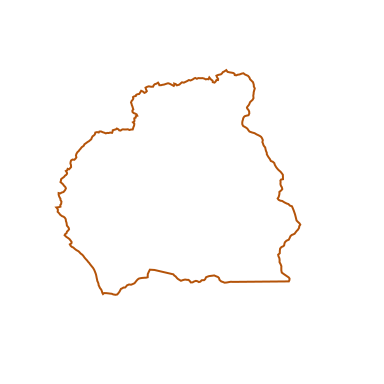 Itaberaba, Bahia, Brazil, rotated 294°
{"feature_id": "56859067B40905854512446", "entity_name": "Itaberaba", "entity_type": "district", "adm_level": 2, "iso_a3": "BRA", "parent_name": "Brazil", "parent_adm1": "Bahia", "projection": "natural_earth1", "projection_center": [-40.241, -12.524], "detail": "fine", "context": "isolated", "style": "outline", "palette": "amber", "viewbox_px": 384, "rotation_deg": 294, "n_neighbors": 0, "source": "geoboundaries", "source_scale": "gbopen_adm2", "svg_char_len": 5663}
<svg xmlns="http://www.w3.org/2000/svg" viewBox="0 0 384 384"><g transform="rotate(294 192 192)"><path d="M149.7,316.8L151.2,316.8L152.6,316.3L153.3,315.1L153.9,311.8L154.4,309.1L154.9,306.8L156.7,305.5L158.9,304.5L160.6,303.8L162.0,302.4L163.5,300.5L165.5,299.7L167.1,298.7L168.5,297.1L169.8,296.2L171.7,297.1L174.1,296.1L176.2,295.5L178.1,296.1L179.4,297.3L180.6,297.9L182.2,297.5L183.8,297.3L185.9,298.1L187.8,299.8L189.7,299.9L191.7,299.9L193.3,300.6L194.3,301.6L195.6,302.7L197.5,303.1L199.4,303.6L200.5,304.1L202.8,304.4L204.3,303.9L206.2,304.2L207.1,302.9L207.8,300.8L208.5,299.1L209.8,298.1L211.6,296.7L213.5,295.2L214.9,293.9L216.5,292.4L218.7,290.1L219.6,289.1L219.4,286.9L220.2,285.0L220.0,283.3L220.1,280.6L220.5,278.1L220.0,276.2L220.1,274.3L220.9,272.9L222.7,273.2L224.7,272.9L225.9,272.6L227.6,271.8L229.9,272.9L231.4,273.3L232.9,272.1L233.7,270.9L234.6,270.0L235.6,269.4L237.1,268.9L238.4,268.1L239.6,268.3L240.7,269.9L242.4,269.1L244.7,268.0L245.4,266.8L246.5,264.7L247.3,262.1L247.9,260.7L248.9,258.8L250.5,256.6L251.9,255.4L252.5,253.5L252.4,251.4L253.8,249.7L255.0,247.6L256.0,246.2L256.9,245.0L258.2,244.4L259.7,242.8L261.1,241.7L262.5,240.7L263.2,239.2L264.1,238.0L265.2,237.1L266.2,236.0L268.2,235.6L269.6,234.1L270.5,232.7L270.8,231.0L270.9,228.9L270.9,227.5L271.2,225.2L270.8,222.7L270.6,219.9L271.5,218.2L272.4,216.8L272.8,215.0L273.1,211.9L274.2,210.5L275.5,209.8L277.1,209.3L278.8,209.1L280.2,208.8L281.5,208.9L282.6,209.3L283.8,210.6L285.1,212.4L287.1,212.4L288.9,211.4L290.1,209.9L290.7,208.5L291.6,207.8L293.2,208.1L294.4,208.5L295.8,208.6L297.6,208.5L299.1,209.1L301.0,209.9L302.8,210.0L304.0,209.3L305.2,208.7L306.6,208.4L308.2,207.8L310.0,207.5L312.2,207.2L313.5,205.6L315.1,204.8L317.1,203.1L318.1,200.5L318.6,199.2L320.0,197.8L320.9,195.9L320.9,192.5L321.4,190.7L320.4,189.3L318.7,187.6L317.6,185.9L316.6,185.0L316.2,183.5L317.3,182.7L317.5,181.3L317.1,179.5L316.6,177.7L316.2,175.6L317.3,173.7L315.3,172.5L314.0,171.4L312.6,171.2L311.2,170.5L309.7,168.4L308.2,167.0L306.9,168.3L305.9,169.9L304.8,170.2L304.2,168.8L302.7,168.7L301.1,168.1L300.8,166.3L302.1,165.5L302.5,163.6L303.7,161.2L301.7,161.2L301.3,159.8L300.5,158.8L300.6,157.1L300.3,155.3L299.4,153.5L298.6,151.4L297.4,150.4L297.5,148.6L296.5,147.7L295.0,146.8L293.3,145.3L293.0,143.6L291.3,142.4L289.9,141.2L288.6,140.1L288.1,138.2L286.7,137.5L285.0,136.8L283.3,134.8L284.0,133.2L283.8,131.7L282.7,132.4L281.5,132.2L281.7,129.6L281.8,127.4L281.6,125.9L280.4,124.5L278.8,122.8L277.9,121.4L277.0,120.3L276.3,118.7L277.3,117.8L278.1,116.5L276.6,115.6L275.3,114.1L273.9,113.6L272.4,113.6L271.5,111.8L271.0,109.6L269.9,108.3L268.4,107.1L266.9,108.4L265.8,109.7L264.3,109.2L263.2,108.2L263.8,106.3L263.8,104.4L261.9,104.2L260.1,103.9L259.1,102.4L258.1,101.5L256.8,101.6L255.9,100.3L254.7,99.5L253.4,100.4L252.1,100.3L250.4,99.8L248.9,99.9L248.0,100.9L246.9,101.7L245.9,102.8L244.9,103.6L243.6,104.8L242.3,104.4L241.0,105.0L240.4,106.5L240.5,108.0L240.4,109.8L239.4,111.0L238.4,109.8L237.1,110.3L235.8,109.3L234.0,110.3L232.8,110.6L231.7,109.7L230.8,111.6L229.0,112.1L227.4,112.1L226.2,112.3L225.0,112.4L224.2,110.8L223.2,109.6L223.2,107.9L222.3,106.3L221.7,105.0L221.1,103.3L220.2,102.4L219.1,101.8L218.7,100.5L219.3,99.3L219.4,97.5L218.3,97.0L217.3,95.8L216.2,94.5L214.7,94.9L213.5,94.9L213.0,93.0L212.0,91.9L211.5,90.5L210.5,89.4L210.5,87.8L210.3,86.2L210.3,84.3L209.6,82.8L208.4,82.6L208.1,80.9L207.0,79.5L205.0,79.8L203.7,79.3L202.4,78.5L200.7,78.4L199.2,78.5L197.6,77.7L196.3,77.1L195.3,76.3L194.0,75.6L191.8,74.3L190.2,74.3L188.0,73.0L186.2,72.6L184.7,72.1L183.2,71.8L182.0,71.2L180.1,70.9L178.2,71.1L176.6,72.3L175.1,72.0L173.6,71.4L173.0,69.6L171.6,68.7L169.9,68.9L168.5,69.4L167.5,70.4L165.6,71.4L164.0,70.9L162.7,70.4L162.6,69.0L161.1,69.1L159.9,68.2L158.9,69.8L157.9,70.4L156.4,70.1L155.3,69.3L154.1,69.1L152.9,68.5L151.9,67.9L150.4,67.2L148.9,67.7L147.6,67.8L147.2,69.1L146.6,71.0L145.7,72.5L145.1,74.1L144.1,75.3L142.1,75.3L139.7,74.6L138.4,73.1L137.1,72.2L136.8,70.6L135.4,71.2L134.1,72.3L133.2,73.3L132.4,74.5L131.2,75.1L130.2,76.6L127.9,77.3L126.5,77.0L125.1,77.8L123.9,76.4L122.7,74.4L122.1,75.7L121.1,76.8L119.3,77.3L118.6,79.1L117.6,80.9L117.1,83.1L117.2,84.7L116.8,86.2L115.8,87.7L114.1,88.7L113.1,89.7L111.9,90.5L110.4,91.4L109.8,92.7L109.0,94.0L108.0,94.8L106.6,94.6L105.0,93.9L103.3,94.1L102.0,93.3L100.7,93.2L99.9,95.4L99.6,97.3L99.2,99.1L98.2,101.0L97.3,102.4L96.0,102.7L94.5,101.7L93.5,103.0L93.0,104.5L93.0,106.2L92.4,107.9L91.9,110.0L91.7,112.4L91.1,114.0L90.5,115.3L90.1,117.2L89.5,118.6L88.4,120.4L87.5,122.3L86.8,124.0L85.9,125.6L85.4,126.9L84.7,128.0L83.5,130.3L82.4,132.5L81.2,134.2L79.9,135.6L78.5,137.0L77.4,138.0L76.0,139.0L74.7,139.9L73.4,140.9L72.2,141.7L71.2,142.9L70.1,143.9L68.9,144.6L68.0,145.7L66.9,146.9L65.9,148.8L64.6,150.1L63.4,151.1L62.6,152.2L63.9,152.8L64.8,155.0L65.5,157.2L65.9,158.6L66.4,160.1L66.4,161.7L67.0,164.0L68.0,165.4L69.3,165.8L71.4,166.3L74.6,166.5L75.8,167.6L76.8,168.2L77.5,169.7L78.7,170.2L80.3,170.6L81.9,172.1L82.5,174.0L83.7,175.2L85.3,176.6L88.4,177.4L89.9,177.9L91.2,178.6L92.1,179.7L93.2,181.4L94.2,183.2L95.1,185.0L96.1,186.2L99.0,185.0L101.3,185.0L103.9,185.1L105.5,189.4L109.2,208.5L108.5,209.7L108.2,211.4L107.5,212.8L106.9,214.2L106.7,215.5L106.4,218.0L108.0,219.7L109.2,221.3L109.7,223.1L110.3,224.6L109.8,226.1L108.9,227.7L109.7,229.3L111.1,230.3L112.4,231.7L112.7,233.3L112.5,234.9L113.5,236.1L115.3,236.7L116.4,238.9L117.7,239.5L119.8,239.5L120.8,240.4L122.1,241.8L123.2,243.6L124.1,245.1L124.8,246.2L124.8,248.0L124.9,250.3L124.4,251.6L122.9,252.9L122.2,255.1L122.4,257.1L122.4,258.6L123.3,260.3L125.7,263.8L126.6,266.1L149.7,316.8Z" fill="none" stroke="#b45309" stroke-width="2"/></g></svg>